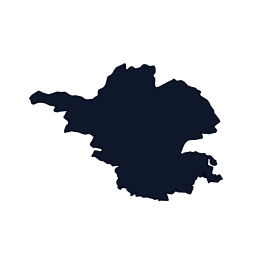 the Region of Naryn, rotated 191°
{"feature_id": "KGZ-1118", "entity_name": "Naryn", "entity_type": "Region", "adm_level": 1, "iso_a3": "KGZ", "parent_name": "Kyrgyzstan", "parent_adm1": "", "projection": "albers", "projection_center": [75.468, 41.376], "detail": "fine", "context": "isolated", "style": "filled", "palette": "ink", "viewbox_px": 256, "rotation_deg": 191, "n_neighbors": 0, "source": "natural_earth", "source_scale": "10m", "svg_char_len": 5706}
<svg xmlns="http://www.w3.org/2000/svg" viewBox="0 0 256 256"><g transform="rotate(191 128 128)"><path d="M230.0,138.3L228.9,140.7L228.3,141.6L227.6,142.4L223.2,146.5L222.4,146.9L221.4,146.8L219.6,146.0L213.6,145.3L212.0,145.4L210.5,146.0L204.6,149.4L203.9,149.6L203.1,149.7L200.7,149.7L197.2,150.8L195.9,150.7L192.0,149.0L189.4,148.5L188.0,148.7L185.3,149.5L179.7,149.3L178.3,148.8L175.8,147.6L174.6,147.4L169.7,148.6L167.9,149.4L166.7,150.6L166.1,151.6L164.5,152.8L163.7,153.6L163.3,154.7L163.5,155.9L163.8,157.1L163.9,158.3L163.6,159.5L162.9,160.3L161.1,161.3L159.6,162.7L158.4,164.5L157.7,166.7L157.4,172.8L157.3,173.8L156.8,174.7L154.4,176.6L153.2,178.5L151.8,182.7L150.8,184.5L149.6,185.7L145.6,188.4L144.1,189.9L143.4,190.2L142.7,189.4L141.9,185.7L141.5,184.7L140.1,184.3L138.8,185.8L137.4,187.8L135.9,188.7L135.0,188.5L133.3,187.6L132.4,187.3L131.3,187.4L127.2,189.4L126.6,190.3L126.1,191.3L125.3,192.4L124.4,193.0L123.4,193.2L122.4,193.2L119.5,192.4L118.5,192.3L117.5,192.4L115.3,193.4L114.3,193.5L113.5,192.6L113.1,191.6L112.4,188.9L112.3,187.8L112.7,186.6L113.7,185.0L113.6,183.9L113.1,183.2L111.8,182.0L111.3,181.3L111.0,180.1L110.8,176.7L109.9,174.1L108.7,172.9L107.0,172.9L105.1,174.0L95.0,182.1L93.5,182.7L93.1,183.7L92.7,184.2L91.9,184.4L90.1,183.4L89.3,183.0L88.1,183.2L85.9,184.2L84.7,184.4L83.1,184.0L81.4,183.3L77.4,180.5L76.4,180.0L75.4,180.1L75.3,180.3L74.0,179.8L70.5,179.8L69.7,179.7L69.1,179.6L68.2,178.4L64.8,177.8L64.1,177.4L63.8,177.1L64.3,175.7L64.3,174.7L63.9,173.9L63.3,173.2L62.8,172.9L56.5,170.5L55.6,170.0L53.7,168.3L52.9,167.4L51.9,165.7L48.7,162.5L47.5,161.6L47.3,161.3L47.1,159.7L46.6,158.7L45.1,157.6L40.2,153.1L39.4,151.9L43.5,147.0L44.2,146.1L44.3,145.6L40.8,142.7L40.7,142.2L41.2,141.0L41.5,140.6L41.8,140.4L43.0,140.5L43.4,140.3L44.2,139.4L45.7,138.9L47.1,138.1L49.4,138.1L53.1,137.3L55.0,137.9L55.9,137.6L55.4,136.8L54.0,134.6L53.4,133.1L53.4,132.6L53.6,132.3L54.1,132.1L57.7,130.8L59.6,129.8L63.9,129.0L67.3,127.5L69.2,124.9L69.5,124.4L70.1,122.7L71.0,119.2L71.4,115.9L72.2,114.2L72.1,113.6L70.4,112.4L69.5,112.3L68.9,112.6L68.6,113.3L68.1,113.8L62.4,116.1L61.7,116.2L60.4,115.9L59.5,115.9L59.0,116.1L58.1,116.9L57.1,117.4L56.5,117.4L55.4,116.9L53.0,116.5L50.7,116.6L49.7,116.8L48.2,117.3L47.9,117.3L46.5,116.1L45.9,115.8L44.8,115.7L44.1,115.7L42.6,116.1L41.6,116.1L40.6,115.6L39.4,114.4L38.6,114.2L37.5,113.0L36.5,112.6L35.8,112.7L34.9,110.6L34.4,109.8L34.2,109.4L35.6,108.2L36.1,108.0L38.3,108.3L39.1,108.5L39.9,109.0L40.5,109.8L40.7,110.4L40.8,111.3L40.7,112.5L40.9,113.0L41.5,113.4L43.0,114.0L43.5,114.0L43.9,113.8L43.4,108.6L43.2,107.3L42.8,106.5L41.1,106.0L39.1,105.8L37.5,105.5L37.3,105.2L37.6,100.7L37.5,99.8L37.1,99.0L36.8,98.6L35.0,97.9L33.4,98.6L32.3,97.8L30.7,97.0L30.7,97.8L30.5,98.5L29.8,99.1L29.5,99.3L29.1,99.2L28.1,98.4L27.1,97.2L26.1,96.3L26.0,96.0L26.0,95.8L26.3,95.7L27.3,95.6L27.8,95.2L28.2,94.4L29.3,92.9L29.6,92.2L35.0,91.7L35.7,91.8L36.6,91.5L38.5,90.0L38.9,90.7L39.3,91.8L40.1,92.8L40.6,93.8L41.1,94.3L41.8,94.6L42.2,94.6L43.6,94.2L44.0,94.4L44.2,94.9L43.9,96.7L44.0,97.4L44.3,97.9L44.7,98.0L45.0,97.8L45.2,97.5L45.5,95.5L46.1,94.7L47.7,93.8L48.2,93.8L49.3,94.6L50.1,94.4L50.6,94.0L50.9,93.6L51.1,93.1L51.0,92.1L51.2,91.3L52.7,89.5L52.9,89.0L53.0,88.5L52.8,87.2L53.0,86.2L53.4,85.5L54.0,84.7L55.0,83.9L54.7,83.1L54.3,82.9L53.2,82.6L53.1,81.9L53.0,81.2L54.1,75.6L54.7,75.4L55.8,75.4L57.6,75.7L58.8,76.2L66.7,75.1L67.8,75.2L68.0,75.4L68.3,76.3L68.9,76.3L71.7,72.4L72.6,71.9L76.1,71.6L77.7,72.1L78.1,72.1L78.3,71.9L78.2,71.2L77.9,70.4L75.9,67.1L75.0,64.9L75.5,64.6L82.0,63.7L82.6,63.4L83.2,62.9L84.0,63.1L85.2,64.6L86.6,64.1L87.4,63.4L88.1,63.2L89.9,63.8L96.7,64.1L98.4,63.6L99.0,63.2L99.6,63.1L101.8,64.0L102.4,64.0L105.7,63.2L106.7,62.8L107.1,63.2L107.3,63.8L107.2,65.6L107.5,65.6L108.1,65.4L110.4,63.9L111.2,62.9L112.0,62.5L112.1,63.1L112.8,65.3L113.0,65.5L114.5,65.7L116.4,66.7L116.9,67.2L117.6,68.6L118.0,69.0L121.7,68.9L122.2,68.6L122.9,68.2L123.7,66.7L124.3,66.7L125.5,67.0L126.1,67.6L126.4,68.3L126.6,70.1L126.8,70.4L127.6,70.9L128.1,71.5L128.5,72.7L128.5,73.4L127.7,75.9L127.4,77.4L127.5,78.0L127.7,78.3L128.8,78.6L129.0,78.9L129.0,79.3L128.9,80.1L129.1,80.5L129.4,80.9L131.4,82.2L132.2,83.3L132.3,83.8L132.3,84.6L132.1,85.3L131.8,85.9L130.5,87.2L129.5,87.8L129.1,88.3L128.9,89.0L129.0,89.3L129.3,89.6L130.0,89.8L130.8,89.7L134.2,88.7L135.5,88.1L136.6,88.6L137.7,89.4L138.8,90.0L140.9,89.5L143.0,90.0L144.0,90.7L145.4,91.2L149.0,91.3L149.7,91.5L153.4,93.4L154.8,93.9L155.9,94.1L157.2,93.5L157.7,93.5L157.9,93.7L157.0,95.7L156.6,97.2L156.5,98.5L156.3,98.8L155.9,99.1L154.5,99.2L151.7,99.1L150.3,99.3L149.3,100.0L148.7,101.3L149.4,102.2L149.6,102.8L149.8,103.0L155.9,103.2L156.8,103.0L157.8,102.5L159.0,102.9L160.2,103.5L161.4,104.3L161.5,104.9L161.3,106.3L160.3,108.2L160.1,108.9L160.0,110.3L159.8,111.1L158.4,113.4L158.3,113.7L158.4,114.0L158.8,114.1L160.3,113.5L160.7,113.5L161.5,114.0L162.0,114.7L162.3,114.9L164.9,115.3L166.0,115.2L166.9,114.9L168.3,114.2L169.4,114.0L172.6,114.3L175.2,114.9L183.3,114.6L184.3,114.1L185.6,113.3L188.0,112.5L188.7,111.9L189.1,111.9L189.5,113.1L189.3,115.6L189.0,117.1L188.2,119.2L187.6,119.7L186.7,119.4L186.5,119.5L187.2,121.5L187.6,123.4L188.2,124.0L190.6,125.0L192.1,125.9L192.7,126.5L192.8,126.7L192.6,127.2L191.8,128.7L191.7,129.7L191.0,132.0L189.9,133.4L189.9,133.7L190.1,133.9L191.6,133.7L199.0,131.4L200.5,130.6L202.5,130.5L203.2,130.6L203.6,131.0L203.8,131.3L203.7,132.0L203.2,133.4L203.0,134.1L203.0,134.8L203.2,135.3L203.3,135.6L203.7,135.8L204.3,135.9L208.6,135.7L214.5,137.1L217.8,137.0L220.0,136.7L221.1,136.3L223.1,135.2L224.7,133.9L225.6,133.6L226.5,133.8L227.2,134.3L227.5,134.7L228.5,137.0L229.1,137.7L230.0,138.3Z" fill="#0f172a" stroke="#020617" stroke-width="1.5"/></g></svg>